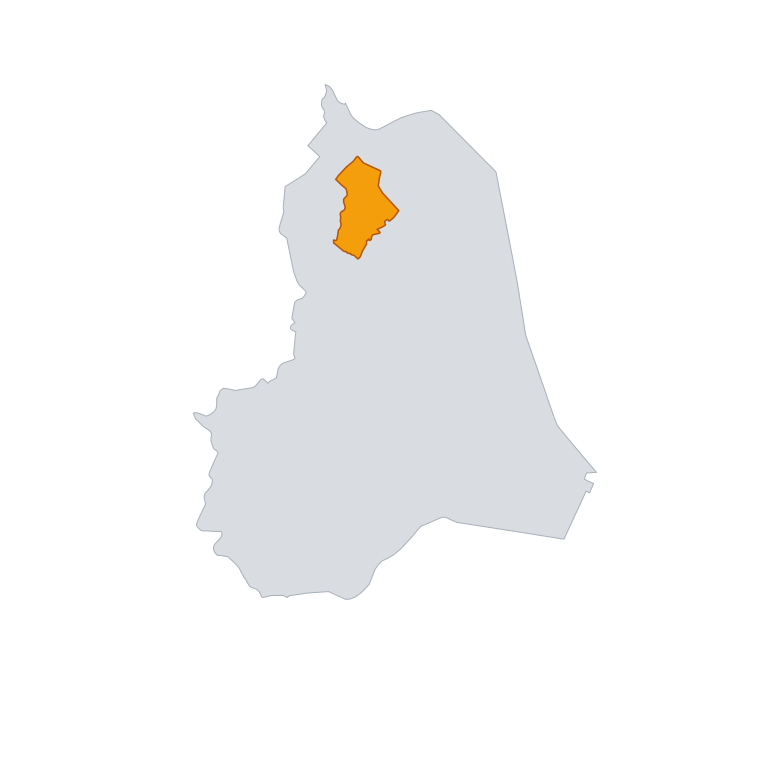 Dhi-Qar on a map of Iraq (Mercator projection), rotated 220°
{"feature_id": "IRQ-3225", "entity_name": "Dhi-Qar", "entity_type": "Province", "adm_level": 1, "iso_a3": "IRQ", "parent_name": "Iraq", "parent_adm1": "", "projection": "mercator", "projection_center": [46.195, 31.256], "detail": "fine", "context": "in_parent", "style": "filled", "palette": "amber", "viewbox_px": 768, "rotation_deg": 220, "n_neighbors": 0, "source": "natural_earth", "source_scale": "10m", "svg_char_len": 4721}
<svg xmlns="http://www.w3.org/2000/svg" viewBox="0 0 768 768"><g transform="rotate(220 384 384)"><path d="M320.8,158.3L325.5,157.1L334.2,149.7L339.3,142.8L341.0,142.2L345.6,144.5L348.8,145.1L356.4,142.5L360.9,143.9L364.7,145.6L366.8,145.7L377.0,150.0L379.5,150.5L384.8,151.0L392.6,151.3L397.6,148.5L401.2,145.8L403.7,145.8L406.1,146.5L408.1,147.6L409.9,149.7L410.7,152.6L410.3,161.7L411.1,164.2L412.5,165.9L414.2,166.2L416.4,164.2L420.1,161.3L424.6,158.2L428.0,155.3L430.0,154.2L433.1,154.3L436.1,154.8L437.7,156.2L437.7,156.7L439.3,161.0L443.4,177.1L445.6,179.1L448.2,180.8L450.1,183.2L450.8,185.6L450.6,189.3L450.7,193.7L451.7,197.0L453.2,199.5L454.6,200.7L456.7,200.8L459.2,201.5L460.9,203.9L466.2,222.1L466.7,224.5L469.0,225.2L472.7,224.9L476.4,226.8L480.5,229.7L484.3,235.2L486.9,236.1L494.9,235.3L505.9,236.2L511.1,239.0L510.5,240.7L506.6,242.7L499.6,245.0L497.5,248.9L496.4,253.9L496.6,256.7L498.3,259.8L503.2,266.0L503.5,268.2L504.4,271.3L505.3,273.4L504.3,277.5L499.8,280.3L493.9,283.4L482.1,297.0L481.2,300.0L481.3,308.0L480.1,310.3L476.4,310.3L473.5,309.9L473.3,312.7L471.5,316.4L470.4,319.7L474.8,327.4L475.5,331.4L474.8,335.1L470.8,341.5L468.4,345.8L469.0,346.8L472.2,348.5L481.9,362.4L485.0,367.3L489.1,366.0L490.7,366.1L491.9,366.9L492.6,368.6L492.6,370.7L491.6,373.8L496.8,375.1L498.7,378.2L504.9,389.1L504.6,392.3L501.7,397.4L501.7,400.8L502.3,403.8L503.2,404.8L512.3,405.3L516.1,406.5L525.5,412.0L536.1,420.4L544.8,427.3L552.3,433.2L560.2,432.8L562.4,433.9L564.4,435.7L566.7,440.5L571.3,451.4L575.1,455.0L581.1,463.7L586.7,471.8L583.0,482.8L579.4,494.3L579.4,509.0L579.4,516.9L587.0,517.3L595.5,517.6L595.6,527.0L595.6,536.5L595.7,547.3L598.2,547.7L602.2,550.0L603.9,553.5L606.0,555.4L608.5,555.7L611.1,557.4L613.6,560.5L614.5,562.9L613.8,564.5L614.4,567.3L616.1,571.4L618.3,573.3L621.6,575.6L617.1,576.9L612.2,575.9L601.9,571.2L598.5,571.0L594.1,572.8L594.0,574.4L583.0,569.2L579.1,568.1L577.7,568.0L571.4,568.1L562.5,569.0L557.2,571.1L553.6,573.4L551.9,575.6L551.3,576.8L548.5,583.4L545.2,591.8L541.8,599.4L535.2,610.0L531.5,614.9L523.6,624.0L515.1,625.8L495.3,624.0L473.4,622.0L451.6,620.0L435.4,618.6L434.1,618.1L418.1,605.1L405.4,594.8L389.5,581.9L373.3,568.8L356.9,555.4L345.0,545.6L330.5,533.0L317.3,521.6L306.9,512.5L293.6,504.5L283.1,498.3L267.9,489.2L255.8,482.0L245.4,475.7L229.4,466.1L224.0,463.5L207.4,460.3L191.7,457.6L175.4,454.8L164.5,452.9L171.7,446.0L169.5,439.9L164.3,441.0L159.5,442.5L156.6,432.9L160.3,431.7L156.8,419.1L153.3,406.2L149.9,393.6L146.4,380.8L160.2,372.5L170.5,366.3L184.9,357.7L198.8,349.3L212.0,341.3L226.6,332.5L239.6,324.6L251.5,321.4L254.1,318.9L259.5,308.1L264.2,298.8L264.4,296.6L264.4,283.5L265.2,268.0L266.8,259.7L269.4,252.3L271.9,246.9L272.2,241.9L271.8,236.8L269.3,229.0L266.6,221.0L266.9,213.2L267.4,209.0L269.1,202.3L271.9,197.4L274.9,194.4L286.3,191.2L293.0,189.4L302.0,180.7L307.4,175.5L314.8,167.3L320.3,161.2L320.8,159.1L320.8,158.3Z" fill="#d9dde1" stroke="#a8b0b8" stroke-width="1"/><path d="M487.3,480.0L486.0,472.4L484.1,466.4L484.0,465.3L484.1,464.4L484.4,463.0L489.3,463.3L492.3,462.1L492.5,462.1L492.8,462.3L493.0,462.3L493.1,462.2L493.4,461.9L493.5,461.9L493.7,462.0L494.0,462.2L495.9,460.9L496.3,460.8L496.7,460.8L497.2,461.0L497.9,461.1L498.3,461.1L498.5,461.0L498.7,460.5L498.9,460.3L500.6,459.8L513.2,459.7L514.3,460.8L514.9,461.6L515.0,462.1L514.2,462.3L513.3,462.8L512.9,463.7L514.1,466.5L517.9,472.7L517.8,474.0L517.7,474.8L518.8,477.7L520.7,479.9L522.2,480.7L522.5,481.1L524.0,483.5L524.8,484.3L526.4,485.6L526.9,486.2L527.2,487.1L527.4,488.0L527.2,489.2L526.9,489.9L526.4,490.9L526.4,491.7L526.4,492.2L527.2,494.5L531.5,497.2L532.1,497.7L532.6,498.3L533.3,499.1L533.6,499.7L533.7,500.2L533.8,500.7L533.7,501.3L533.5,503.3L533.5,503.9L533.6,504.5L533.7,505.0L533.9,505.4L534.2,505.8L536.3,507.5L537.0,508.2L538.9,509.2L544.0,509.1L552.5,509.7L552.9,514.4L552.3,526.2L551.1,532.6L550.8,534.2L550.7,535.5L551.0,539.6L550.7,541.2L549.2,541.4L542.5,540.2L541.6,540.2L525.7,544.5L524.1,544.9L523.4,544.9L522.8,544.4L522.3,543.7L520.3,539.5L515.8,532.1L508.0,529.4L484.1,526.3L483.5,518.3L483.7,517.1L483.9,515.4L484.2,514.4L484.4,512.9L484.8,512.1L485.6,512.1L486.5,512.4L487.1,512.3L487.5,511.7L487.8,510.0L487.8,509.0L487.7,508.4L487.4,508.3L487.0,508.1L486.4,507.6L486.2,507.4L485.3,507.0L485.2,506.4L485.7,504.6L488.5,498.0L485.8,497.9L484.5,497.6L484.3,496.8L484.9,495.8L488.2,491.6L488.4,490.9L488.3,490.2L488.0,488.4L487.7,487.8L487.5,487.4L487.2,487.3L486.9,487.2L486.8,486.9L486.7,486.4L487.0,485.1L487.3,484.7L487.6,484.5L487.8,484.6L488.1,484.8L488.6,485.1L488.8,485.2L489.0,485.1L489.1,484.8L489.1,484.4L489.1,483.7L489.1,482.9L489.2,482.6L488.9,481.7L487.3,480.0Z" fill="#f59e0b" stroke="#b45309" stroke-width="1.5"/></g></svg>